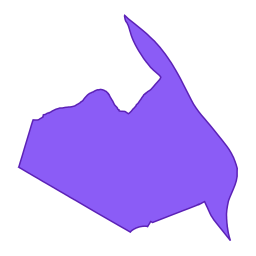 Hendrik-Ido-Ambacht, Zuid-Holland, Netherlands
{"feature_id": "6326949B24881260895403", "entity_name": "Hendrik-Ido-Ambacht", "entity_type": "district", "adm_level": 2, "iso_a3": "NLD", "parent_name": "Netherlands", "parent_adm1": "Zuid-Holland", "projection": "albers", "projection_center": [4.638, 51.847], "detail": "fine", "context": "isolated", "style": "filled", "palette": "violet", "viewbox_px": 256, "rotation_deg": 0, "n_neighbors": 0, "source": "geoboundaries", "source_scale": "gbopen_adm2", "svg_char_len": 5575}
<svg xmlns="http://www.w3.org/2000/svg" viewBox="0 0 256 256"><path d="M124.5,16.0L125.1,19.3L125.5,20.5L125.9,21.4L126.3,22.0L126.7,22.4L127.0,22.9L127.4,23.8L127.5,24.0L128.1,25.2L128.3,25.7L128.4,26.0L128.9,27.4L129.0,27.8L129.3,28.7L129.6,29.8L129.8,30.6L130.5,32.7L130.7,33.6L131.0,34.5L131.2,35.2L131.7,36.6L132.4,38.4L133.1,40.1L133.6,41.2L134.1,42.2L135.2,44.5L135.8,45.6L135.9,45.8L137.1,48.0L138.2,49.9L138.9,51.1L139.2,51.5L139.8,52.5L140.8,54.0L141.8,55.6L142.6,56.8L143.2,57.8L144.1,59.1L144.7,59.9L145.5,60.9L146.2,61.9L147.3,63.2L147.5,63.4L147.7,63.7L148.1,64.2L148.6,64.8L149.3,65.7L150.1,66.7L150.5,67.3L150.8,67.5L151.2,68.0L151.8,68.5L152.7,69.4L153.5,70.2L153.8,70.5L154.5,71.0L155.1,71.6L155.5,71.9L156.6,72.9L158.0,74.1L158.9,74.9L159.2,75.2L159.5,75.4L159.7,75.6L159.8,75.8L160.0,76.1L160.2,76.4L160.3,76.4L160.5,76.6L160.7,76.9L160.7,77.1L160.8,77.3L160.3,78.4L160.1,78.8L159.6,79.6L159.3,79.9L157.3,82.2L155.3,84.4L153.3,86.8L152.5,87.7L150.9,89.5L149.6,90.5L147.6,91.7L146.2,93.0L146.2,92.9L146.0,93.0L145.6,93.2L144.7,94.1L143.8,94.8L143.7,95.0L143.4,95.5L143.0,96.2L142.7,96.5L142.4,97.0L142.0,97.4L141.8,97.8L141.2,98.7L141.0,99.1L139.8,100.7L138.1,103.2L137.8,103.6L137.1,104.1L136.7,104.5L136.5,104.8L136.4,104.8L136.1,105.5L136.0,105.9L135.7,106.1L135.5,106.5L135.4,106.6L134.9,107.1L134.3,107.7L133.9,108.3L133.5,108.7L133.2,108.8L132.4,109.8L131.2,111.3L130.2,112.3L129.1,113.3L128.8,113.4L128.3,113.7L126.7,112.6L125.7,111.9L125.0,111.5L124.5,111.4L122.9,111.3L122.7,111.3L121.8,111.3L120.5,111.2L119.6,111.0L119.0,110.7L118.9,110.5L118.8,110.3L118.8,110.2L119.0,109.9L118.1,109.4L117.9,109.3L117.4,108.5L117.5,108.2L116.8,107.2L116.7,107.1L115.0,105.4L114.3,104.4L112.5,100.7L112.1,100.2L109.9,96.5L109.1,94.7L108.6,94.5L108.3,93.9L108.4,93.5L108.0,93.3L107.5,92.8L106.2,91.4L105.7,91.3L104.6,90.6L103.8,90.2L103.4,90.1L103.2,90.0L102.2,89.7L101.1,89.5L100.6,89.4L100.1,89.5L99.8,89.6L99.0,89.7L98.9,89.8L98.7,89.9L97.5,89.8L96.6,90.1L95.7,90.5L94.8,90.9L93.8,91.5L93.6,91.7L93.3,91.9L92.8,92.0L92.2,92.2L91.1,92.8L89.4,93.5L89.1,93.8L88.9,93.9L87.5,95.0L84.9,97.8L83.4,99.7L83.4,99.8L83.3,100.0L83.1,100.3L83.0,100.5L82.4,100.9L82.4,101.0L81.6,101.5L80.6,102.1L80.6,102.3L80.4,102.4L80.2,102.7L77.4,104.4L77.2,104.4L74.7,106.0L71.8,106.7L70.7,106.9L70.0,107.0L68.7,107.0L67.5,107.2L65.1,107.4L64.3,107.6L62.3,108.0L61.0,108.0L59.4,108.1L58.5,108.5L56.0,109.2L52.9,110.7L52.5,110.9L52.1,111.1L51.5,111.5L51.1,111.8L49.5,112.6L49.3,112.6L49.3,112.8L47.3,113.2L46.7,113.6L45.0,114.6L44.1,114.6L43.3,114.9L43.0,116.9L42.9,116.9L42.9,117.0L42.2,117.4L41.8,117.8L40.2,118.6L39.2,119.4L38.6,119.7L38.3,119.8L37.9,119.9L37.5,120.0L37.1,120.0L36.6,120.0L34.9,120.0L33.1,119.9L32.7,121.2L32.6,121.3L32.0,123.2L31.3,125.4L29.9,130.2L24.4,148.4L22.5,154.9L20.1,162.7L19.0,166.5L18.8,166.9L19.0,166.9L19.0,167.1L19.0,167.3L19.2,167.5L19.7,167.8L21.8,169.0L25.5,171.2L26.5,171.8L27.9,172.6L34.2,176.3L37.0,177.9L43.2,181.6L44.8,182.5L46.4,183.4L57.7,190.0L60.1,191.4L61.1,192.0L61.7,192.3L62.5,192.8L63.6,193.4L65.1,194.3L65.9,194.8L67.0,195.4L68.0,196.0L68.8,196.5L69.6,197.0L71.5,198.1L72.3,198.5L74.1,199.6L74.6,199.8L88.9,208.2L96.6,212.7L117.3,224.6L117.6,224.8L125.9,229.5L129.3,231.5L130.3,232.1L130.9,231.4L131.0,231.3L131.4,230.8L131.6,230.7L131.9,230.5L132.2,230.2L132.4,230.1L132.8,229.8L133.0,229.7L133.4,229.5L133.6,229.3L134.0,229.1L134.6,228.8L135.0,228.6L135.6,228.3L135.9,228.1L136.1,228.0L136.4,227.9L136.8,227.8L137.0,227.7L137.9,227.4L138.3,227.2L138.7,227.1L139.0,227.0L139.4,226.9L139.7,226.8L140.1,226.7L140.4,226.7L140.8,226.6L141.6,226.5L142.1,226.4L142.3,226.4L142.7,226.3L143.2,226.3L143.4,226.3L143.9,226.2L144.4,226.2L144.9,226.2L145.1,226.2L145.6,226.2L146.3,226.3L146.7,226.3L147.2,226.3L147.6,226.6L148.0,226.0L148.4,225.3L148.7,224.7L149.5,223.6L150.6,221.5L150.8,221.5L152.5,222.5L173.5,214.3L180.3,211.7L182.8,210.7L187.6,208.9L193.7,206.5L196.0,205.6L196.8,205.3L197.4,205.0L198.0,204.7L197.9,204.6L198.8,204.2L198.9,204.6L199.5,204.3L200.0,204.0L200.8,203.6L201.4,203.3L202.8,202.5L203.5,202.1L203.8,202.0L204.6,201.6L204.8,202.1L205.5,203.6L206.5,205.8L207.5,207.8L208.4,209.9L209.2,211.6L209.9,213.2L210.1,213.6L210.9,215.2L211.2,215.8L212.3,217.4L213.5,219.3L213.7,219.7L215.0,221.3L216.8,223.6L219.6,227.1L222.5,230.7L223.4,231.8L223.7,232.2L230.4,240.6L229.2,236.7L228.9,235.3L228.6,234.2L228.2,232.3L227.8,229.8L227.5,227.8L227.3,226.7L227.2,226.2L227.2,225.4L226.9,222.9L226.8,221.3L226.6,218.4L226.6,217.0L226.5,215.6L226.5,214.7L226.5,213.6L226.6,212.6L226.7,211.4L226.8,210.1L227.5,205.6L228.1,202.7L228.2,202.0L228.6,200.5L229.1,199.2L229.9,197.1L233.2,189.4L235.0,184.9L236.3,180.8L237.1,176.3L237.1,171.8L237.2,168.4L236.9,167.3L236.5,166.0L236.1,164.5L235.6,163.2L235.2,161.9L234.3,159.6L233.5,157.5L232.8,156.2L232.2,155.0L231.6,153.8L231.0,152.7L230.4,151.7L229.5,150.2L229.3,149.8L228.4,148.5L227.0,146.5L225.7,144.8L223.9,142.5L222.3,140.4L219.7,137.2L215.3,131.7L213.7,129.7L211.5,127.0L209.6,124.7L207.2,121.9L204.8,119.0L202.2,116.0L201.5,115.2L198.8,111.8L196.0,107.9L193.5,104.1L191.3,100.0L182.8,83.4L182.0,81.8L181.1,80.0L180.0,77.9L179.0,76.1L178.0,74.3L176.7,72.0L175.5,69.9L174.4,68.1L173.3,66.2L172.2,64.4L171.1,62.6L169.7,60.6L167.9,57.9L166.2,55.5L165.4,54.3L163.9,52.4L162.9,51.1L162.3,50.3L161.3,49.1L160.2,47.6L158.6,45.8L157.2,44.2L155.8,42.7L154.8,41.5L154.2,40.9L153.1,39.9L149.7,36.7L148.1,35.1L146.5,33.6L143.2,30.8L141.4,29.3L137.2,25.9L134.9,24.0L128.2,18.7L127.9,18.4L127.5,18.0L125.4,16.0L124.7,15.4L124.5,16.0Z" fill="#8b5cf6" stroke="#5b21b6" stroke-width="1.5"/></svg>